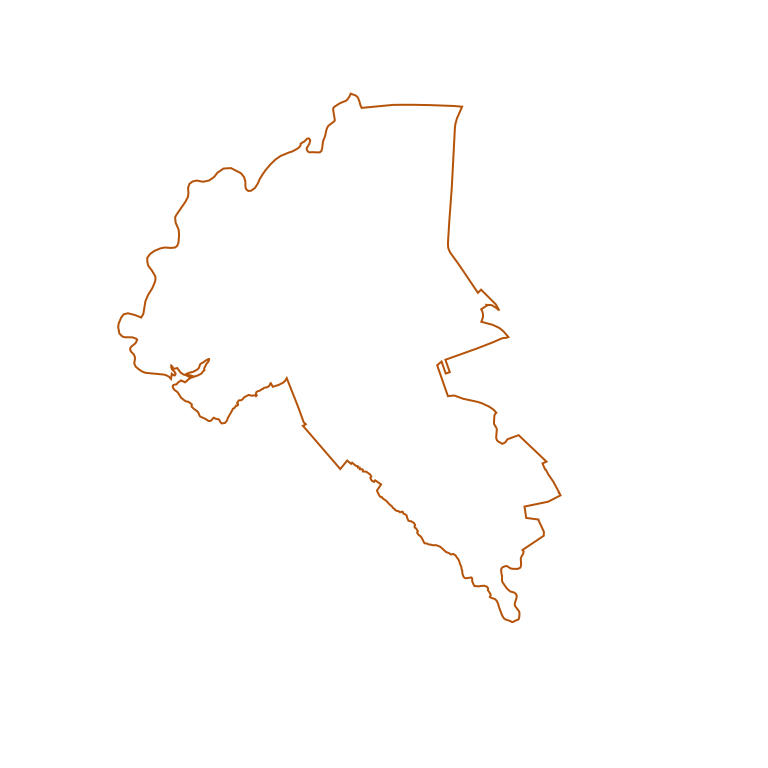 Canterbury-Bankstown, New South Wales, Australia, rotated 60°
{"feature_id": "25037944B74578967995842", "entity_name": "Canterbury-Bankstown", "entity_type": "district", "adm_level": 2, "iso_a3": "AUS", "parent_name": "Australia", "parent_adm1": "New South Wales", "projection": "orthographic", "projection_center": [151.073, -33.924], "detail": "fine", "context": "isolated", "style": "outline", "palette": "amber", "viewbox_px": 768, "rotation_deg": 60, "n_neighbors": 0, "source": "geoboundaries", "source_scale": "gbopen_adm2", "svg_char_len": 6165}
<svg xmlns="http://www.w3.org/2000/svg" viewBox="0 0 768 768"><g transform="rotate(60 384 384)"><path d="M654.2,392.2L654.6,391.0L654.7,387.9L655.1,386.1L655.0,385.0L653.4,383.3L650.3,381.3L648.7,380.7L641.8,381.5L640.7,381.3L639.0,380.0L635.6,376.3L633.9,375.0L631.8,374.7L629.6,375.6L627.1,378.1L625.0,379.1L621.9,379.9L616.1,380.4L614.3,380.4L612.9,379.9L609.4,377.8L605.9,376.7L603.0,375.2L602.4,374.2L602.0,372.9L602.5,369.5L603.3,368.5L606.8,366.7L608.1,365.4L610.8,361.0L611.1,360.0L611.2,357.9L610.7,357.0L608.7,355.4L603.7,352.9L601.9,350.9L600.8,348.6L598.9,346.8L597.0,347.1L595.3,321.5L591.9,319.4L579.1,318.3L578.6,318.0L571.1,327.8L560.4,323.6L568.0,300.7L568.7,286.8L567.0,286.7L565.7,287.0L565.6,286.6L553.4,286.2L544.4,286.9L539.0,286.7L538.6,287.2L534.0,286.7L532.0,286.4L532.5,282.1L495.6,293.0L493.6,304.7L495.2,308.2L495.0,311.4L490.8,313.9L489.2,314.3L486.7,313.8L479.6,308.9L477.8,308.6L473.7,308.7L472.3,308.0L466.4,304.1L465.4,302.4L465.1,301.1L461.4,301.8L456.4,304.1L449.3,309.1L445.8,312.4L436.3,322.9L429.4,328.6L428.7,329.7L426.5,334.7L394.4,328.6L393.3,322.9L405.8,325.3L406.6,321.1L393.7,318.7L399.7,285.9L402.5,267.6L403.4,259.2L404.0,257.3L405.1,255.2L405.5,252.8L398.1,254.2L394.1,255.7L392.2,256.7L387.1,260.3L378.8,268.6L375.8,265.1L374.2,263.9L371.1,262.7L367.9,262.4L367.5,256.6L367.6,255.3L366.9,255.4L369.2,251.8L370.0,251.0L374.6,248.6L378.0,247.4L370.7,247.4L350.8,252.8L352.0,257.1L318.3,259.4L302.9,261.0L298.6,260.4L296.4,259.5L293.4,257.8L275.6,246.0L247.8,227.1L197.3,194.3L194.8,192.4L190.5,188.1L182.9,177.7L178.1,184.6L165.3,205.0L155.8,220.8L147.0,236.2L133.7,265.3L130.6,265.0L127.0,264.0L122.9,263.4L121.4,263.7L119.8,264.4L115.9,267.7L117.8,270.2L119.4,273.7L119.7,275.5L118.8,281.6L119.1,288.2L119.5,289.6L120.3,290.5L121.8,291.2L130.3,294.4L131.4,295.1L131.8,296.8L132.3,301.7L132.9,303.8L133.9,305.3L135.4,307.1L139.6,310.8L143.3,315.4L149.2,319.9L150.8,321.6L151.3,323.7L150.3,325.6L147.4,330.1L146.4,332.2L145.4,333.4L143.2,333.8L141.1,333.1L138.7,328.6L136.2,326.1L134.7,326.0L133.6,326.4L133.1,327.9L134.2,332.1L134.1,333.6L134.2,336.0L135.8,337.2L136.4,338.5L136.9,340.9L136.8,347.0L136.0,350.5L134.8,359.6L135.3,365.7L137.1,372.8L139.4,379.2L141.6,384.0L144.2,388.9L147.2,392.9L149.7,397.7L150.2,402.4L149.0,405.0L146.2,406.0L143.9,405.4L139.3,402.8L134.7,401.7L129.9,402.5L120.5,408.6L117.2,415.2L117.7,422.5L119.8,427.7L120.3,433.7L118.4,439.6L114.2,444.4L112.9,448.6L113.4,452.4L116.1,455.6L120.5,457.7L123.8,460.1L126.8,464.7L133.6,479.0L135.2,481.6L140.2,483.8L147.8,484.7L152.6,487.0L158.9,491.4L161.0,494.1L161.3,496.9L159.5,500.7L156.2,505.6L154.8,509.6L153.9,516.4L154.5,521.7L156.3,525.9L159.9,527.9L163.8,529.0L169.8,528.3L176.2,528.2L178.5,529.2L180.9,531.1L185.2,536.8L188.9,543.7L193.0,549.2L203.0,557.4L205.0,561.1L199.7,565.2L194.7,570.4L193.5,574.6L195.2,578.6L199.1,583.7L202.1,585.9L208.0,587.9L211.2,587.1L212.6,586.4L214.1,584.8L217.8,578.5L221.1,575.8L222.4,575.7L224.4,578.8L225.3,584.3L226.0,585.7L227.3,586.7L229.4,586.9L233.6,585.9L235.9,586.2L237.9,587.2L241.1,589.9L243.0,590.3L245.0,590.3L248.9,588.9L252.4,587.1L255.2,584.8L265.7,570.0L267.7,568.1L270.1,566.6L273.1,565.9L269.1,562.7L270.6,562.2L271.8,561.3L271.9,560.8L271.0,559.4L270.6,559.2L269.9,559.6L268.5,559.2L266.0,560.2L264.9,560.2L262.7,559.8L261.7,559.0L262.9,558.6L265.2,558.7L265.6,558.5L266.1,557.5L266.8,555.1L272.6,554.4L275.5,552.9L278.0,550.7L277.7,549.8L276.5,550.1L276.5,549.8L276.9,547.0L278.0,543.3L278.2,538.7L277.5,536.2L275.1,533.5L274.8,532.6L274.9,529.5L274.5,526.7L274.7,524.9L274.5,523.9L274.7,523.3L275.0,523.0L276.7,524.6L277.9,527.8L280.3,531.6L280.9,532.2L282.3,532.6L282.5,534.3L283.4,536.1L283.7,537.5L283.4,541.8L282.6,544.4L282.0,545.5L280.6,546.5L278.3,549.0L278.4,549.8L279.0,549.9L279.6,549.7L280.6,549.2L282.2,547.4L282.0,548.3L282.2,550.8L282.3,552.1L282.9,553.3L282.8,554.3L283.1,555.3L282.7,555.9L281.4,556.3L280.4,557.7L279.6,557.7L279.4,558.1L279.8,562.0L280.6,563.8L279.7,566.1L279.6,567.0L280.5,568.2L282.7,568.7L284.6,568.3L288.1,566.8L294.5,566.6L299.7,564.5L301.7,562.2L305.5,560.6L307.1,561.8L307.7,561.9L311.2,560.8L314.3,559.3L316.4,559.1L319.0,559.6L320.4,559.4L325.1,556.0L328.2,554.5L328.7,553.9L329.3,552.4L328.0,548.4L330.2,546.9L331.9,544.8L333.0,544.6L335.6,544.7L337.0,544.2L338.1,541.6L338.1,540.9L337.2,538.4L335.2,536.0L331.0,528.8L329.9,527.3L330.0,525.3L328.7,522.8L329.4,521.8L329.0,520.7L328.3,520.4L327.0,520.7L325.6,517.9L326.6,516.1L326.6,514.7L325.6,511.5L325.8,506.7L328.0,504.4L329.2,501.5L330.5,501.0L330.3,499.9L328.5,499.8L327.3,498.8L327.1,497.4L327.7,494.5L327.4,492.9L327.7,491.5L327.3,489.7L328.2,487.6L328.4,485.8L328.4,485.1L327.7,483.5L326.7,482.1L326.7,481.6L330.8,481.7L332.1,475.9L332.4,470.6L331.9,468.3L330.3,465.3L360.8,469.8L377.1,472.7L379.7,471.8L379.9,473.4L379.6,475.1L435.8,464.4L431.9,454.2L436.7,452.4L436.2,451.0L440.8,449.2L442.1,447.8L443.3,448.4L444.3,446.8L445.7,447.6L447.1,445.3L447.5,445.2L449.2,446.0L451.1,443.2L455.5,441.2L457.8,441.3L458.4,442.8L461.2,443.0L463.8,441.7L463.0,439.8L469.5,436.7L472.7,443.3L474.2,443.6L479.3,443.8L480.7,443.0L480.8,442.5L482.9,442.1L486.3,440.4L491.1,439.4L494.2,438.2L495.6,438.3L497.5,437.4L498.6,437.4L500.4,436.3L501.2,435.1L503.1,434.3L503.6,432.1L504.0,431.7L505.9,432.0L508.1,430.4L509.2,430.1L510.9,430.8L514.5,431.2L515.4,430.6L516.4,429.2L519.2,427.6L521.6,427.5L522.0,427.8L522.4,428.7L523.7,429.1L525.1,428.4L528.5,428.3L529.0,429.4L529.9,429.7L532.3,429.4L534.3,428.4L536.3,428.3L541.8,428.6L542.4,428.3L543.4,426.8L545.5,425.3L546.6,423.7L548.0,422.4L549.7,419.4L552.8,416.8L560.6,414.2L562.9,412.3L564.6,411.6L565.4,410.6L565.9,408.9L568.5,407.7L571.4,407.6L572.6,407.3L575.3,407.5L577.6,408.1L581.2,408.5L582.6,409.2L584.9,409.6L587.1,410.8L590.7,411.5L592.3,411.1L593.2,410.2L595.2,405.1L595.8,404.9L597.0,405.1L599.0,406.3L603.6,406.8L604.5,406.5L605.1,405.0L606.3,403.8L608.4,398.8L608.9,398.0L611.1,396.2L612.9,396.0L614.6,397.1L618.9,396.8L620.3,397.3L621.3,398.8L623.0,397.9L625.6,395.5L628.1,394.8L631.7,395.1L633.9,395.8L643.2,397.4L645.4,397.4L646.9,397.3L648.5,396.6L652.5,393.1L654.2,392.2Z" fill="none" stroke="#b45309" stroke-width="2"/></g></svg>